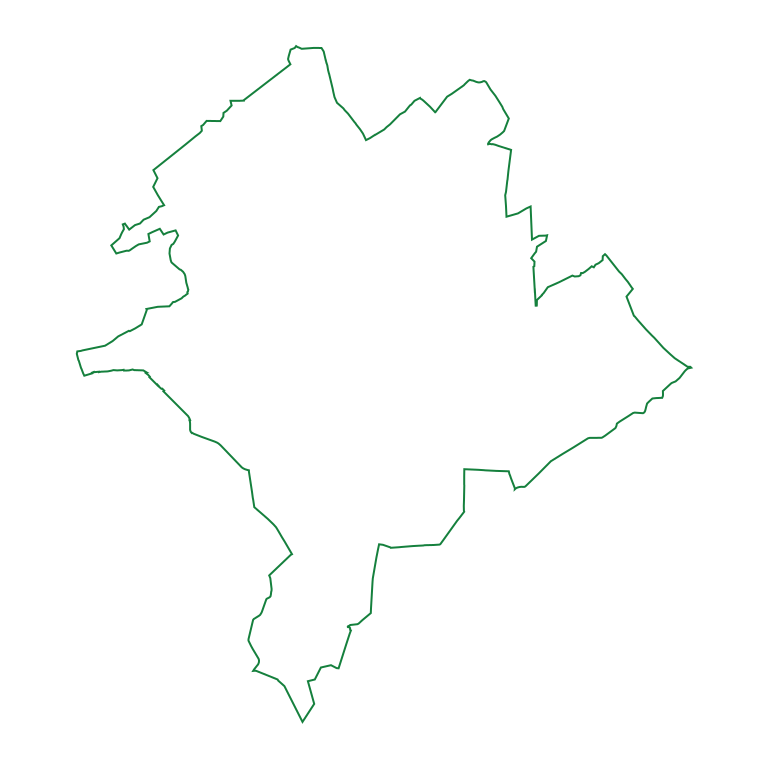 the district of Mežāres pag., Krustpils, Latvia
{"feature_id": "27541924B81623033015716", "entity_name": "Mežāres pag.", "entity_type": "district", "adm_level": 2, "iso_a3": "LVA", "parent_name": "Latvia", "parent_adm1": "Krustpils", "projection": "mercator", "projection_center": [26.221, 56.543], "detail": "fine", "context": "isolated", "style": "outline", "palette": "green", "viewbox_px": 768, "rotation_deg": 0, "n_neighbors": 0, "source": "geoboundaries", "source_scale": "gbopen_adm2", "svg_char_len": 5991}
<svg xmlns="http://www.w3.org/2000/svg" viewBox="0 0 768 768"><path d="M469.7,79.8L468.0,81.1L464.7,84.3L463.8,85.3L451.8,93.8L447.1,96.7L435.4,112.2L435.2,112.3L430.0,106.7L423.4,100.6L422.0,99.5L420.4,98.6L420.1,97.9L414.5,100.8L411.2,104.7L410.2,105.2L409.0,106.6L405.4,111.1L405.0,111.6L400.0,114.3L390.0,124.4L386.6,127.1L384.2,129.5L375.0,135.0L374.9,134.9L370.0,138.1L366.0,140.1L363.3,134.3L362.9,133.5L360.0,129.2L356.1,124.3L355.7,123.5L354.4,122.0L348.0,113.6L344.7,110.2L343.4,108.4L337.0,102.8L334.5,97.1L333.3,91.9L332.7,88.8L329.1,73.8L329.0,73.7L328.1,70.2L327.3,65.4L326.2,62.0L326.3,61.8L326.2,61.9L325.8,60.2L325.7,60.2L323.7,51.5L321.5,48.0L314.0,47.9L301.7,48.8L298.4,47.3L297.5,47.1L296.1,46.1L294.7,48.0L290.6,49.6L288.8,55.8L288.1,58.9L288.2,59.6L288.6,60.7L290.4,64.3L243.9,100.1L243.9,100.6L239.3,100.8L230.5,100.8L231.6,105.5L226.8,110.7L223.5,112.9L223.3,116.6L220.3,121.1L206.6,120.9L203.1,125.0L201.3,126.1L201.8,130.2L201.8,130.8L199.8,133.0L195.4,136.4L185.5,144.5L153.4,170.1L157.5,178.2L153.2,186.9L157.8,195.1L161.5,201.1L164.1,205.2L161.8,206.2L158.9,206.9L156.3,211.0L149.5,217.2L143.6,219.7L140.0,223.5L135.0,225.1L129.2,229.6L126.5,225.8L125.6,224.7L124.9,223.6L122.8,224.4L123.6,226.6L123.9,229.2L122.3,232.0L121.3,234.0L119.5,238.2L111.3,245.4L116.3,253.5L119.6,252.5L126.6,250.7L128.8,250.8L130.1,250.1L131.6,249.0L135.8,246.1L138.7,244.4L147.1,242.7L149.7,241.4L148.4,234.0L152.1,232.2L159.8,228.8L163.6,234.5L167.6,232.6L175.6,230.4L178.1,235.5L174.8,241.6L173.3,243.9L171.6,244.9L169.9,248.5L169.5,253.5L170.7,260.1L171.4,262.2L171.8,262.7L179.6,269.4L180.8,269.8L183.1,271.8L184.7,274.2L185.3,276.0L186.3,282.7L187.8,287.9L187.9,288.8L188.3,289.4L188.0,291.2L187.3,292.2L187.7,293.4L187.6,293.7L186.1,294.7L185.4,295.4L183.2,296.7L181.6,298.3L174.9,301.9L173.2,302.0L172.7,302.3L172.4,302.9L169.4,306.3L157.8,306.8L146.4,309.0L146.8,309.9L141.7,324.4L135.2,328.4L129.8,331.2L128.9,330.8L118.2,336.4L112.7,341.0L105.1,345.7L82.5,350.4L80.9,350.9L77.3,351.4L76.8,353.8L78.4,360.1L78.8,360.7L81.0,367.9L81.5,368.9L83.2,373.4L84.3,375.7L92.3,373.3L92.0,372.7L93.9,371.9L94.0,372.2L99.0,371.7L99.0,372.1L101.1,371.7L107.7,371.4L111.3,370.7L113.4,370.1L117.2,370.4L122.0,370.1L123.7,369.8L123.9,370.5L126.9,370.5L129.0,370.4L132.6,369.5L134.2,370.1L143.3,370.4L146.1,372.1L145.9,372.1L145.5,372.8L148.2,374.9L149.8,376.7L149.4,377.2L156.9,384.7L157.2,384.4L158.5,385.8L158.2,386.0L161.4,388.8L161.9,388.9L162.3,388.7L164.2,390.6L163.4,391.3L188.1,416.1L189.0,417.6L189.5,418.6L189.9,419.6L190.5,421.2L189.8,420.0L189.4,420.2L189.9,421.4L190.1,423.6L190.1,429.8L190.4,430.9L190.9,432.0L191.7,432.9L191.9,432.7L193.8,433.8L201.7,436.9L215.0,441.7L217.2,442.7L218.5,443.5L220.7,445.4L241.7,467.3L243.1,468.3L244.9,469.2L247.5,470.0L248.9,470.3L248.9,471.5L252.0,491.8L252.8,497.9L253.2,499.9L254.3,507.2L267.8,518.9L273.5,524.4L276.1,527.3L278.7,531.6L281.7,536.8L284.6,541.5L292.0,554.2L290.8,554.8L269.2,575.4L270.3,578.2L271.6,589.0L271.5,590.9L271.2,591.7L270.9,594.5L270.5,596.3L269.9,597.0L269.4,597.4L266.7,598.8L266.3,599.3L264.5,604.4L262.4,610.4L261.6,612.5L260.2,614.8L259.1,615.7L253.8,619.0L253.1,619.9L248.5,639.2L248.5,640.7L251.2,646.2L252.8,649.1L258.6,658.8L259.0,660.3L259.0,661.1L258.9,662.3L258.7,662.9L258.1,664.4L257.1,665.6L254.1,669.4L253.2,670.9L255.0,670.7L256.3,670.9L277.6,679.5L278.2,680.6L284.4,686.1L302.5,721.9L314.2,703.9L307.9,681.2L314.8,679.5L320.9,667.5L331.0,665.2L336.6,668.1L338.6,668.3L346.6,643.2L349.8,633.4L350.9,630.5L350.6,630.4L350.2,630.0L350.1,628.7L350.1,628.1L349.7,627.6L349.0,627.2L347.9,627.1L347.8,626.9L347.8,626.6L348.1,626.2L349.8,625.5L350.2,625.0L357.4,624.2L358.6,623.6L362.4,620.1L370.8,613.1L371.0,608.4L371.3,603.2L372.5,582.3L372.8,578.4L376.4,557.6L378.1,549.0L379.1,544.3L382.9,544.8L390.4,547.4L390.7,547.8L399.4,547.2L401.2,547.0L412.3,546.1L417.3,545.8L423.2,545.5L424.8,545.2L433.5,545.0L439.5,544.6L440.3,544.2L443.0,540.5L457.1,520.8L459.3,518.1L464.2,511.7L463.9,510.6L463.8,505.9L464.0,500.1L464.3,485.3L464.2,484.5L464.2,479.3L464.2,476.4L464.3,469.2L478.1,469.8L484.2,470.2L484.9,470.3L496.3,470.9L508.8,471.3L509.4,474.0L510.0,475.3L510.9,478.0L512.3,481.7L514.9,488.4L514.8,489.3L515.9,488.3L517.6,487.5L519.5,487.0L521.2,486.8L524.2,486.9L524.9,486.7L525.8,486.0L538.5,473.7L550.9,461.2L562.5,454.0L573.3,447.5L588.0,438.3L589.6,437.9L601.4,437.8L602.3,437.5L605.1,435.7L615.4,428.1L615.7,427.5L616.4,426.0L616.9,423.6L619.8,421.5L628.7,415.9L633.1,413.0L634.7,412.6L643.0,413.2L644.3,412.4L645.1,411.0L645.7,408.8L646.0,407.4L647.1,403.5L648.9,401.7L652.4,398.5L656.0,398.1L662.2,397.8L662.9,396.0L663.0,394.8L662.9,391.0L671.0,383.5L671.9,382.9L675.6,381.4L679.6,377.9L684.6,371.4L685.5,370.4L687.3,368.8L688.1,368.4L691.2,367.7L690.3,366.8L687.6,366.8L674.7,358.2L670.3,354.3L663.4,347.9L654.3,337.8L651.8,335.4L645.9,329.3L638.1,320.5L634.7,316.4L633.9,315.8L626.5,296.6L632.8,288.9L631.5,287.2L627.8,281.8L625.6,279.2L621.8,274.2L619.1,271.6L606.4,255.5L605.0,254.2L602.8,256.2L602.6,260.1L598.7,263.2L595.5,264.7L593.8,267.3L591.7,266.3L588.6,269.0L584.8,271.9L582.7,273.1L581.1,273.0L580.4,275.3L578.7,276.2L574.7,276.5L572.4,275.6L558.9,282.3L547.8,287.2L543.7,293.0L541.8,295.0L541.9,295.3L536.9,300.0L536.8,305.2L536.7,305.7L535.7,305.7L534.9,290.7L534.8,290.8L533.4,266.8L534.3,266.2L534.5,261.6L531.2,258.2L534.6,253.5L536.1,251.7L537.0,246.7L545.9,241.0L547.1,235.3L545.8,235.6L539.0,235.8L532.0,239.6L530.6,206.5L526.4,208.4L518.0,213.4L506.5,216.7L506.0,206.2L505.2,195.2L506.0,191.9L507.3,180.6L507.5,179.8L508.4,171.0L511.1,149.9L498.7,146.0L495.4,144.8L492.7,144.1L491.9,144.3L489.8,143.8L488.1,144.3L488.0,144.0L488.8,142.3L490.7,140.1L491.8,139.3L494.6,137.8L497.1,136.6L500.1,134.6L502.8,132.3L504.1,131.0L508.8,118.5L503.2,109.1L502.3,106.8L499.4,102.1L495.4,95.8L490.5,89.5L486.3,82.4L485.7,81.8L484.4,81.1L483.3,81.2L481.9,81.9L479.9,82.4L478.3,82.4L476.3,81.9L473.1,80.6L471.7,80.4L469.7,79.8Z" fill="none" stroke="#15803d" stroke-width="2"/></svg>